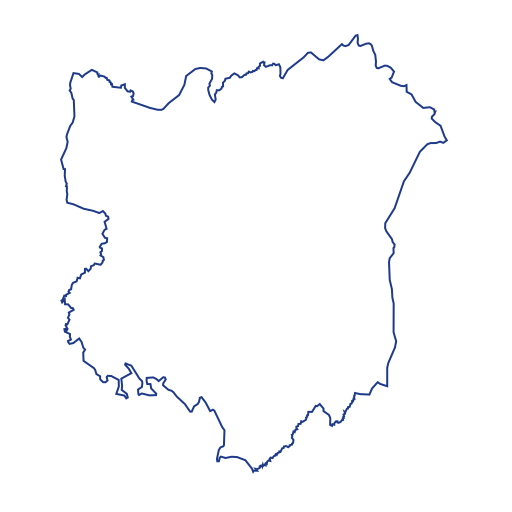 Trakan Phuet Phon, Ubon Ratchathani, Thailand (Robinson projection), rotated 357°
{"feature_id": "78962969B42152310983042", "entity_name": "Trakan Phuet Phon", "entity_type": "district", "adm_level": 2, "iso_a3": "THA", "parent_name": "Thailand", "parent_adm1": "Ubon Ratchathani", "projection": "robinson", "projection_center": [105.015, 15.601], "detail": "fine", "context": "isolated", "style": "outline", "palette": "blue", "viewbox_px": 512, "rotation_deg": 357, "n_neighbors": 0, "source": "geoboundaries", "source_scale": "gbopen_adm2", "svg_char_len": 5922}
<svg xmlns="http://www.w3.org/2000/svg" viewBox="0 0 512 512"><g transform="rotate(357 256 256)"><path d="M241.9,471.3L242.7,470.2L245.9,470.5L244.6,468.6L245.8,469.0L248.4,467.9L248.9,467.4L248.7,466.2L249.5,465.7L250.0,466.3L251.2,465.3L251.4,466.2L251.9,464.8L252.2,466.0L253.1,465.3L254.5,465.6L254.1,464.7L254.7,463.5L255.9,464.2L256.3,462.2L257.7,460.8L259.5,461.4L259.1,459.1L260.0,458.1L261.9,458.7L263.2,456.9L264.7,456.4L265.2,454.9L265.8,454.7L266.4,455.6L267.6,453.7L268.8,453.4L269.1,452.4L270.2,452.9L272.0,449.5L273.6,449.1L273.9,447.7L276.2,447.4L278.2,448.6L279.8,447.4L279.8,446.7L282.1,446.2L282.2,445.2L283.2,444.7L283.8,441.6L282.3,439.5L282.8,438.1L282.4,436.5L283.3,436.1L284.3,433.2L285.4,433.9L286.2,431.7L288.1,431.2L287.3,429.9L287.4,428.5L289.1,428.1L289.6,426.0L291.8,425.9L292.5,423.4L293.8,424.1L297.2,422.2L297.8,421.1L297.5,420.0L298.7,419.2L298.7,417.8L299.7,417.5L300.1,414.4L303.8,414.6L307.8,408.8L309.2,409.2L311.9,407.2L315.4,411.8L315.3,414.4L320.5,418.5L321.7,421.7L321.2,428.5L323.0,429.6L323.6,428.0L325.3,428.6L325.5,427.1L327.4,425.2L328.7,425.4L328.7,426.5L329.7,426.9L331.7,426.2L333.3,424.3L334.3,424.3L334.1,422.7L335.2,422.3L334.8,421.2L335.6,420.8L335.1,418.9L336.7,418.2L336.2,416.0L337.0,416.6L338.8,413.3L339.9,413.1L340.0,411.7L341.6,411.6L342.6,408.6L343.7,408.4L344.3,406.7L345.1,406.4L344.6,405.6L345.7,405.1L345.9,403.6L346.8,403.8L346.6,401.0L347.1,400.7L347.7,398.0L352.8,399.4L362.0,400.3L365.0,394.3L370.9,388.4L373.2,390.2L380.2,392.9L381.2,374.4L382.5,369.8L390.0,354.6L391.5,348.5L389.4,339.3L391.0,310.6L390.0,304.6L390.0,296.4L388.3,286.9L388.5,269.3L389.4,265.2L393.6,260.4L393.7,255.3L394.6,254.3L395.0,251.8L393.2,249.2L392.6,246.2L387.4,238.0L386.4,234.9L386.8,230.0L396.9,215.6L407.6,189.2L413.9,180.8L425.1,160.5L433.0,153.3L436.2,152.4L441.8,152.6L445.8,151.4L448.9,152.8L452.6,150.5L450.6,146.7L447.1,135.6L441.9,131.6L438.7,128.0L439.0,126.1L441.5,123.8L442.6,121.2L441.8,121.3L441.6,119.0L437.4,116.5L430.8,116.9L423.5,110.5L419.8,102.8L415.1,99.9L415.2,93.2L412.6,94.2L409.5,93.6L401.0,89.6L398.8,86.2L400.8,84.9L403.5,79.1L400.4,75.0L397.1,73.0L394.6,72.6L387.9,75.0L386.4,74.5L385.5,72.1L386.0,68.2L385.6,61.3L383.9,57.4L382.7,52.0L381.7,50.5L379.9,49.5L376.9,49.8L371.4,51.7L369.7,51.3L368.6,48.5L369.2,44.1L368.9,40.7L367.0,41.2L359.5,50.2L356.2,51.1L354.3,50.4L352.9,48.9L338.6,60.8L333.6,64.1L329.4,63.0L321.5,55.6L318.5,55.8L314.0,60.1L297.4,71.8L292.1,79.9L290.3,79.3L289.3,77.4L290.0,75.4L290.2,68.9L288.9,65.7L285.7,66.5L284.2,64.9L283.1,64.8L282.1,66.4L280.1,66.2L275.8,67.6L274.0,65.8L274.6,63.1L273.4,63.1L273.1,62.4L270.0,64.0L270.0,66.3L268.5,67.3L268.5,68.7L267.0,68.4L266.4,70.2L265.2,70.2L264.1,71.3L262.7,71.0L262.3,71.8L260.3,72.4L258.4,71.5L257.7,73.0L256.0,73.2L255.5,74.5L254.0,74.5L251.3,76.7L249.1,76.8L247.5,74.6L244.0,72.5L240.7,74.6L239.3,76.6L234.7,77.4L234.2,79.3L232.1,81.2L232.0,84.9L230.8,85.4L230.3,87.0L228.0,88.6L225.5,88.4L224.9,90.8L223.4,92.5L223.9,97.7L222.5,100.1L220.1,97.4L218.0,92.6L217.0,87.9L217.1,85.3L218.9,83.5L218.5,81.4L221.4,76.8L221.8,73.0L221.0,71.2L221.5,69.4L216.0,66.1L210.0,65.3L205.2,66.1L195.7,72.6L193.4,81.4L187.6,91.3L176.9,98.7L171.3,104.2L169.2,105.1L165.4,104.8L157.7,102.5L140.1,95.3L140.7,93.8L141.7,93.5L139.9,90.3L141.6,89.8L142.3,87.2L141.7,85.3L139.4,84.1L138.8,85.4L136.4,84.9L133.8,81.2L134.0,77.6L130.4,78.7L129.9,80.9L121.5,79.5L121.1,76.7L120.2,76.9L120.1,75.1L118.8,74.4L119.0,73.4L118.4,72.7L116.8,72.4L116.2,70.2L115.0,70.2L114.1,68.9L110.2,67.7L108.6,68.8L108.1,68.3L108.3,66.6L107.8,66.8L107.1,65.7L107.2,64.4L101.8,61.5L94.4,65.8L91.8,68.2L88.7,64.9L83.3,63.8L79.6,73.2L79.2,75.4L79.7,79.2L78.6,81.0L80.1,83.3L81.1,89.1L82.2,90.8L82.0,107.1L79.9,113.2L77.4,116.2L73.8,124.2L72.9,127.1L73.9,132.1L72.3,138.3L66.4,149.5L68.4,159.1L69.8,159.3L69.2,165.8L69.8,171.7L70.8,173.8L70.0,176.3L70.7,176.4L70.8,177.8L70.4,181.1L70.8,184.3L69.8,189.9L70.3,192.9L76.4,194.8L86.4,199.8L95.9,202.4L101.7,204.9L105.5,203.1L107.8,205.9L108.2,207.9L110.4,209.0L110.6,211.3L106.6,213.9L108.2,221.0L106.2,221.9L103.8,225.8L106.1,229.9L108.3,230.5L107.8,234.3L105.6,235.4L102.6,235.7L100.4,238.7L100.5,239.4L102.6,240.4L102.4,243.0L100.8,244.1L101.4,246.2L100.7,247.3L103.5,249.1L103.9,251.9L102.6,252.8L102.5,254.2L100.4,256.6L94.6,255.1L93.5,256.7L90.7,257.6L90.2,260.1L87.8,262.4L85.7,259.8L84.5,259.9L84.3,263.7L80.5,265.3L79.0,269.1L76.7,268.4L75.5,272.0L72.0,273.1L70.5,275.3L69.6,279.6L67.7,280.1L66.9,281.9L68.0,283.1L64.4,284.7L64.2,286.0L62.5,285.5L60.6,289.7L59.4,290.4L60.0,292.2L62.7,289.3L62.8,294.2L65.9,294.5L68.7,298.3L70.4,298.5L71.1,300.2L66.1,302.7L66.6,304.6L65.0,307.9L66.4,309.9L64.0,314.4L62.7,314.0L62.2,315.2L64.0,319.0L62.9,320.6L62.0,318.8L60.8,319.0L61.2,321.6L66.2,324.2L65.9,326.9L66.8,329.8L63.8,331.0L64.0,332.3L65.2,334.0L69.0,333.4L75.1,329.1L77.3,332.7L78.8,338.6L80.4,340.6L78.4,343.4L78.3,351.7L88.3,359.5L89.4,361.3L90.5,365.6L94.0,367.9L94.0,371.1L96.7,374.0L99.1,374.2L101.2,372.6L100.5,369.2L101.7,367.9L105.2,368.3L112.4,372.6L112.2,379.1L109.3,386.4L117.3,388.5L119.0,391.4L120.5,390.6L119.8,386.9L114.9,382.7L115.5,378.9L115.1,371.4L125.4,366.5L122.9,361.7L119.6,357.7L120.1,356.5L125.8,359.0L133.2,372.4L135.6,374.9L135.9,376.9L135.2,380.8L131.2,383.2L131.3,387.6L131.9,388.7L134.8,387.3L142.2,389.6L148.9,389.7L149.2,388.3L144.4,382.8L143.9,378.4L140.7,378.2L140.2,375.0L140.5,372.0L147.0,371.9L149.9,373.5L152.3,375.8L157.1,372.2L158.8,372.7L159.4,374.6L156.7,378.3L156.4,380.2L161.5,385.0L164.7,386.2L166.3,387.6L169.5,392.2L177.2,400.1L182.1,408.0L183.7,408.0L186.3,402.9L190.0,400.8L191.4,398.8L192.5,394.7L194.2,394.1L198.1,399.8L202.1,408.5L204.9,407.2L206.3,408.2L213.3,425.1L215.4,428.4L214.1,443.2L213.4,444.3L210.5,445.3L208.7,447.9L206.4,456.5L206.6,459.0L208.2,459.0L209.2,455.6L210.5,454.5L214.9,456.1L221.2,455.2L226.6,455.8L234.7,459.4L240.9,468.2L241.9,471.3Z" fill="none" stroke="#1e3a8a" stroke-width="2"/></g></svg>